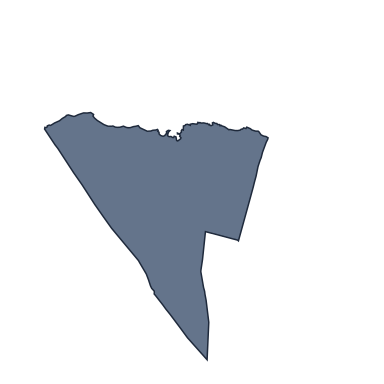 outline of Gagaemauga II (PART), A'ana, Samoa, rotated 142°
{"feature_id": "51752279B80386032280412", "entity_name": "Gagaemauga II (PART)", "entity_type": "district", "adm_level": 2, "iso_a3": "WSM", "parent_name": "Samoa", "parent_adm1": "A'ana", "projection": "natural_earth1", "projection_center": [-171.93, -13.977], "detail": "fine", "context": "isolated", "style": "filled", "palette": "slate", "viewbox_px": 384, "rotation_deg": 142, "n_neighbors": 0, "source": "geoboundaries", "source_scale": "gbopen_adm2", "svg_char_len": 2215}
<svg xmlns="http://www.w3.org/2000/svg" viewBox="0 0 384 384"><g transform="rotate(142 192 192)"><path d="M98.7,187.8L99.5,190.1L101.1,191.9L102.4,194.5L102.2,198.4L102.4,199.2L104.3,200.7L106.5,203.8L107.1,206.1L108.9,209.4L110.4,208.8L111.8,210.7L113.5,210.5L114.5,211.2L115.9,211.1L118.1,212.2L120.2,213.9L123.7,218.0L124.6,218.3L126.1,223.2L127.8,225.8L128.1,226.9L129.1,226.9L128.9,228.3L130.4,229.5L130.2,230.6L131.5,231.9L132.3,233.7L133.4,233.9L134.3,232.1L136.1,232.5L136.8,233.4L136.5,234.5L137.4,234.7L137.6,236.4L138.3,236.8L140.2,239.2L142.4,240.7L143.0,241.9L144.1,242.1L144.4,243.2L146.4,242.4L149.4,245.4L151.7,246.5L152.3,245.6L153.9,248.2L155.5,249.0L156.6,248.7L158.1,249.3L160.7,246.2L161.4,247.3L162.8,246.8L163.5,245.7L166.1,245.4L167.2,247.4L167.7,246.7L166.4,245.4L166.4,244.0L167.4,243.5L167.3,241.5L168.3,240.9L171.8,241.0L172.4,242.0L170.7,245.3L171.7,246.9L173.0,246.3L173.7,246.8L174.4,248.7L176.0,249.7L176.6,251.5L173.9,253.6L171.6,254.0L172.7,255.2L174.9,255.4L176.1,253.5L177.2,253.8L178.6,253.2L180.5,253.7L181.9,255.8L182.2,258.0L181.2,259.4L181.6,260.9L180.7,261.4L180.7,262.6L182.3,263.1L184.9,264.8L186.9,265.4L189.8,267.4L193.5,274.7L193.5,277.4L195.8,278.4L197.9,279.6L201.0,280.7L202.9,282.1L204.1,283.5L205.5,286.1L208.9,287.4L210.9,288.8L212.4,290.2L213.7,292.7L215.0,293.4L217.7,295.6L219.9,299.3L222.6,306.7L223.3,310.3L223.3,312.7L221.8,313.7L222.9,317.0L225.9,318.7L228.8,321.1L234.1,323.0L237.7,323.8L238.8,324.5L242.0,328.9L243.9,329.7L245.0,329.3L248.9,329.8L252.5,329.7L257.8,331.0L262.4,331.5L263.4,332.7L265.3,333.2L265.9,332.5L267.4,332.6L268.1,333.5L269.4,332.4L270.9,313.5L270.9,309.0L273.4,280.2L274.2,265.3L276.3,241.9L277.1,226.7L277.7,212.9L276.4,170.9L276.8,168.4L278.5,155.5L280.3,149.7L282.5,143.6L283.1,140.9L282.8,137.1L283.5,136.1L284.6,134.9L284.5,133.4L284.5,120.9L284.7,115.7L284.6,109.2L284.9,93.3L285.3,79.9L283.4,50.5L259.0,79.0L247.6,97.9L244.7,103.5L243.2,106.0L241.7,109.6L234.1,123.8L233.0,125.0L225.2,132.4L205.8,152.5L185.7,126.0L185.5,124.9L149.8,151.4L140.7,158.2L136.9,161.2L131.8,165.0L124.3,171.4L118.8,175.1L116.3,176.5L112.1,179.8L102.9,185.5L100.1,186.8L98.7,187.8Z" fill="#64748b" stroke="#1e293b" stroke-width="1.5"/></g></svg>